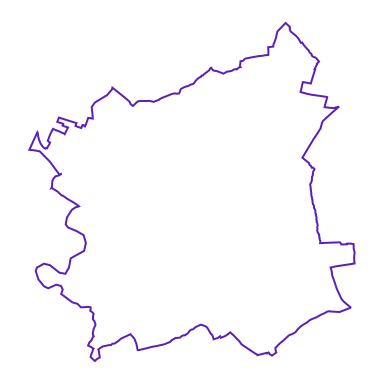 the district of Mihalt, Alba, Romania
{"feature_id": "2599482B90708528056967", "entity_name": "Mihalt", "entity_type": "district", "adm_level": 2, "iso_a3": "ROU", "parent_name": "Romania", "parent_adm1": "Alba", "projection": "mercator", "projection_center": [23.75, 46.165], "detail": "fine", "context": "isolated", "style": "outline", "palette": "violet", "viewbox_px": 384, "rotation_deg": 0, "n_neighbors": 0, "source": "geoboundaries", "source_scale": "gbopen_adm2", "svg_char_len": 5837}
<svg xmlns="http://www.w3.org/2000/svg" viewBox="0 0 384 384"><path d="M257.4,355.2L266.5,352.9L267.1,353.5L268.6,352.5L270.1,354.6L271.1,354.9L272.0,355.6L276.3,352.5L275.7,350.8L275.5,349.1L275.5,347.5L276.5,347.0L277.9,345.3L280.0,343.2L283.4,340.5L289.0,335.3L293.0,333.7L294.2,333.0L295.8,331.9L297.4,329.6L300.2,326.9L303.0,324.8L307.0,322.5L308.7,321.0L309.7,320.3L311.6,319.2L316.7,317.2L321.2,314.6L324.7,313.1L327.0,311.7L329.6,311.2L330.6,311.5L339.6,312.0L350.2,307.9L350.5,307.3L348.5,305.7L344.1,301.9L342.4,300.1L341.4,298.8L336.7,288.6L334.6,282.1L332.2,275.4L332.0,273.5L331.7,271.2L330.6,267.6L335.1,266.5L354.6,263.5L354.3,261.3L354.1,258.0L354.3,255.3L354.6,252.3L353.6,248.1L353.7,246.8L353.6,244.1L352.1,244.0L351.4,243.7L350.5,243.6L347.1,243.6L347.1,244.3L341.3,244.5L341.1,243.7L339.9,242.3L320.1,243.1L320.3,241.9L320.3,241.0L319.7,239.5L319.7,238.7L319.4,238.1L319.6,237.5L319.1,236.3L319.2,234.5L318.4,233.8L318.2,232.8L317.6,232.1L317.2,230.5L317.5,228.7L317.2,227.1L317.7,225.0L317.1,222.3L316.6,221.7L316.8,220.4L316.3,219.6L316.6,218.0L316.4,216.8L315.8,215.3L316.0,214.4L315.5,213.6L315.3,210.4L313.9,207.6L314.1,206.8L313.8,205.4L313.0,204.2L312.5,201.9L312.5,200.1L312.1,199.1L312.2,198.5L311.8,197.4L311.9,197.0L311.6,196.2L311.2,194.5L311.4,193.3L311.1,192.3L310.9,189.7L310.7,189.1L310.7,188.6L310.6,188.0L310.7,187.5L310.1,184.3L311.1,182.8L311.2,182.3L311.5,181.8L311.6,181.2L311.9,180.3L312.0,176.9L312.7,175.6L312.8,175.1L312.7,174.7L313.0,173.5L313.2,171.5L314.5,169.2L314.4,168.9L313.0,167.6L311.6,167.7L311.0,165.9L310.3,165.5L309.4,164.6L309.1,163.2L302.4,157.7L313.4,139.4L318.0,132.5L320.8,128.0L320.7,127.6L322.2,122.4L322.4,121.9L323.1,120.8L333.7,111.2L339.1,106.6L333.7,108.1L331.8,108.0L324.6,107.2L324.7,106.6L327.2,97.1L326.0,96.8L311.4,94.7L306.5,93.7L300.6,92.0L302.8,82.1L306.3,82.6L310.8,83.5L315.1,69.5L314.5,69.3L316.1,66.1L317.1,64.2L316.9,63.7L319.0,61.6L317.7,60.0L317.0,59.3L316.2,58.1L314.9,57.3L313.3,56.8L312.4,56.3L311.8,55.5L311.7,54.6L311.3,53.8L310.2,53.1L309.4,52.0L308.9,50.8L305.3,46.9L304.6,45.9L303.8,45.1L302.3,42.6L301.0,43.0L298.2,38.2L295.5,35.4L291.2,32.0L290.4,31.0L289.6,28.1L290.0,27.7L289.6,26.6L285.5,23.0L277.9,31.0L277.3,31.8L276.0,37.7L274.4,42.5L273.7,43.8L273.2,46.1L273.2,46.6L268.2,47.2L268.4,50.8L268.4,52.3L268.3,54.9L265.1,55.3L262.1,55.8L258.9,56.1L255.3,56.7L245.6,58.5L244.8,58.9L244.0,59.8L243.2,60.5L242.7,60.9L240.5,61.3L240.1,65.5L239.9,66.4L240.4,67.1L239.5,67.2L238.2,68.1L237.0,69.3L236.6,69.5L236.2,69.4L235.8,69.1L234.3,69.4L233.0,70.0L232.1,70.7L231.8,70.8L229.2,71.4L228.3,71.5L227.8,71.5L227.1,71.7L225.8,72.3L224.8,72.9L223.5,73.6L222.1,73.1L217.4,71.3L216.1,71.0L214.3,70.6L213.8,70.7L213.1,70.3L211.9,68.9L211.7,68.3L211.4,67.8L211.1,67.7L210.7,67.9L209.9,68.7L209.4,70.0L208.7,70.7L208.2,71.0L207.0,72.0L205.4,73.2L204.4,73.9L202.6,75.6L201.8,75.5L201.6,75.6L201.4,75.8L201.1,76.6L200.3,77.2L199.8,77.4L199.2,77.5L198.2,78.5L197.4,78.9L196.5,79.8L196.4,80.1L195.9,80.6L195.2,81.5L194.3,82.7L193.7,83.6L193.4,83.8L190.2,84.8L188.6,85.8L184.4,87.1L181.3,88.7L180.7,89.3L179.6,92.4L179.1,93.4L177.5,93.7L174.5,93.4L171.9,94.0L162.0,97.9L159.7,99.0L159.2,99.7L155.3,101.2L153.7,101.9L149.8,100.9L139.0,101.1L137.8,101.5L136.6,102.4L132.9,106.0L130.4,103.8L129.6,101.7L124.7,97.5L112.4,87.7L112.0,89.4L107.1,95.1L94.9,102.5L91.7,107.1L92.3,112.5L92.8,118.6L88.2,117.9L87.4,120.3L85.5,125.5L84.9,126.5L84.3,126.2L84.1,125.9L84.1,125.4L82.5,125.0L81.3,128.0L81.2,128.0L77.3,126.7L75.5,125.9L76.5,123.1L71.9,121.7L58.9,117.6L57.4,121.6L57.3,121.9L63.2,123.8L63.3,123.9L62.6,125.7L68.0,127.5L64.7,134.2L64.1,133.7L63.7,133.4L63.4,133.2L62.4,133.0L61.4,132.5L58.7,131.1L57.2,130.7L54.3,129.5L53.1,128.8L51.7,131.3L50.5,133.8L49.3,136.6L47.8,140.8L48.7,141.7L50.1,142.6L49.5,143.9L47.0,148.2L46.4,147.8L45.4,148.7L43.9,147.8L42.8,146.7L41.4,144.8L40.4,143.2L39.0,139.6L38.2,136.7L37.7,132.7L37.4,132.2L33.7,140.2L29.4,149.8L34.0,150.3L39.6,151.3L39.9,151.5L46.0,157.7L48.0,159.7L50.7,162.7L54.9,168.5L59.5,174.6L60.9,173.9L61.0,174.2L58.7,175.5L55.5,176.3L55.1,176.7L54.5,177.6L53.5,178.4L52.3,181.3L52.0,186.5L51.4,188.0L51.6,187.9L57.8,191.7L58.8,192.8L61.7,195.4L62.7,195.6L67.5,199.0L72.5,201.8L77.5,205.1L78.7,206.0L79.0,206.3L75.5,207.4L72.1,209.6L70.4,212.1L67.0,217.3L65.7,224.3L68.0,227.5L76.6,231.1L83.6,235.1L85.9,243.0L84.1,250.9L70.7,258.3L69.0,267.5L65.4,273.8L59.5,272.7L49.9,265.2L43.9,263.7L36.9,267.6L35.7,271.0L38.4,279.4L44.0,286.3L48.2,288.3L56.2,284.7L61.1,286.0L62.7,289.5L61.2,294.0L72.3,302.3L77.6,303.9L80.9,307.3L88.7,306.9L90.6,307.3L90.7,309.0L90.2,310.6L90.3,310.9L91.5,311.6L93.4,313.4L93.6,314.0L93.0,316.3L93.0,319.4L94.4,321.1L95.4,324.1L95.4,325.2L94.4,327.2L93.6,329.1L92.7,333.6L93.2,335.5L93.7,336.2L93.2,336.5L92.0,339.0L91.6,340.2L89.9,341.9L89.1,342.9L88.1,345.6L90.8,346.9L93.5,348.6L93.1,349.1L92.3,352.1L91.5,353.8L90.5,356.9L94.8,361.0L97.0,359.0L99.8,357.5L98.7,350.3L98.3,349.4L102.5,346.5L106.7,345.6L109.0,345.1L110.9,345.1L111.6,344.4L112.7,343.7L114.9,343.5L116.4,342.2L117.1,342.0L121.3,338.5L130.5,334.2L134.4,338.8L136.4,343.7L137.6,349.9L137.7,350.1L138.8,350.1L146.5,348.3L147.3,348.0L148.7,347.7L152.1,346.8L156.9,346.0L164.3,344.3L167.4,343.0L170.0,342.0L171.0,341.0L171.5,340.3L175.8,337.9L176.3,338.0L180.1,337.6L181.8,336.0L183.6,335.3L184.5,335.4L184.8,335.2L185.4,335.1L185.6,334.7L187.6,333.5L188.8,332.0L189.9,330.5L191.7,329.5L193.1,329.3L194.1,328.5L194.4,328.0L195.1,327.6L195.8,326.9L196.4,326.7L199.7,325.1L200.9,324.7L202.6,325.2L206.1,326.6L207.3,327.8L211.0,334.0L211.8,334.5L212.6,335.8L213.6,339.3L218.0,337.9L218.6,337.3L220.1,336.2L220.8,337.8L225.0,336.1L226.5,335.2L230.3,332.4L233.0,334.8L235.5,337.3L236.5,338.5L237.9,339.7L238.7,340.6L241.0,343.4L241.4,344.3L255.3,353.6L257.1,354.5L257.4,355.2Z" fill="none" stroke="#5b21b6" stroke-width="2"/></svg>